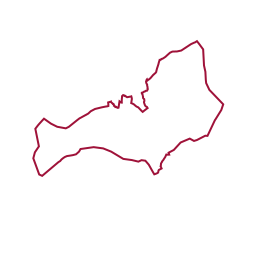 outline of Irepodun/Ifelodun, Ekiti, Nigeria, rotated 157°
{"feature_id": "59680162B16609728895319", "entity_name": "Irepodun/Ifelodun", "entity_type": "district", "adm_level": 2, "iso_a3": "NGA", "parent_name": "Nigeria", "parent_adm1": "Ekiti", "projection": "natural_earth1", "projection_center": [5.241, 7.714], "detail": "fine", "context": "isolated", "style": "outline", "palette": "rose", "viewbox_px": 256, "rotation_deg": 157, "n_neighbors": 0, "source": "geoboundaries", "source_scale": "gbopen_adm2", "svg_char_len": 3562}
<svg xmlns="http://www.w3.org/2000/svg" viewBox="0 0 256 256"><g transform="rotate(157 128 128)"><path d="M121.9,75.1L121.5,75.1L120.8,75.0L119.9,75.0L119.0,75.0L118.4,75.0L118.1,75.1L117.6,75.3L117.1,76.1L116.8,76.6L116.5,76.9L116.2,77.2L115.8,77.4L115.7,77.4L115.4,77.4L112.9,77.6L112.9,78.4L112.9,78.9L112.9,79.2L112.9,79.4L113.0,80.0L112.5,80.5L112.4,80.7L111.9,81.6L111.5,82.4L111.1,82.7L110.7,83.0L110.1,83.4L110.1,83.5L109.9,83.7L109.5,84.0L109.3,84.1L108.1,84.7L107.5,85.1L107.4,85.2L107.0,85.5L105.0,86.8L104.7,87.1L103.1,88.6L102.1,88.0L100.5,87.4L100.3,89.4L94.4,89.9L85.2,94.1L75.3,94.1L72.3,90.3L69.2,90.0L59.9,90.7L57.9,89.7L45.0,101.2L43.9,101.9L35.1,108.1L31.1,112.6L38.2,131.3L38.5,138.8L37.5,142.1L34.8,149.5L33.6,155.9L28.1,171.0L28.7,173.5L29.7,177.7L30.6,181.0L32.9,180.6L33.7,180.7L37.2,180.6L48.7,178.5L52.9,179.3L57.3,181.0L59.9,180.9L61.7,180.3L64.0,179.5L65.4,179.0L65.6,178.9L68.3,178.4L68.5,178.4L69.0,178.3L69.7,178.3L70.1,178.5L70.6,178.4L70.9,178.1L71.3,178.1L71.6,178.0L71.9,178.0L72.3,178.3L73.3,177.1L74.0,176.3L75.1,174.8L77.1,172.5L78.0,171.5L79.6,169.4L80.1,168.6L80.9,168.1L81.5,167.8L82.0,167.7L82.5,167.6L82.8,167.4L83.3,167.2L83.9,167.1L86.1,166.0L87.7,165.2L89.4,164.6L90.8,164.4L91.3,164.2L91.4,164.9L91.5,165.1L91.5,165.4L91.9,165.2L92.2,164.9L92.6,164.4L93.3,163.6L93.4,163.2L93.5,162.7L93.6,162.1L93.6,161.5L93.5,161.1L93.4,160.6L93.6,160.0L93.8,159.6L93.9,159.3L93.9,159.1L93.9,158.8L93.9,158.6L94.0,158.2L94.3,157.2L94.5,157.1L94.6,156.9L94.6,156.7L94.5,156.3L94.6,156.0L95.1,155.5L95.5,155.3L95.9,155.1L96.1,154.9L96.3,155.0L96.7,155.2L97.1,155.3L97.5,155.2L98.1,155.0L98.3,155.0L98.7,155.1L98.8,155.2L99.2,155.1L100.4,154.9L100.7,155.0L101.0,155.0L101.3,155.1L101.6,155.0L101.8,154.3L101.7,153.8L101.5,153.4L101.6,152.8L101.7,152.3L101.8,151.9L101.9,151.5L101.9,151.0L102.1,150.6L102.3,150.1L102.4,149.5L102.2,148.9L101.8,148.3L102.1,147.2L102.4,146.4L103.1,145.8L103.3,145.2L103.4,143.9L103.5,142.7L103.4,141.9L103.3,141.2L102.9,140.6L102.4,140.1L102.3,139.7L102.3,139.0L102.2,138.7L105.7,137.8L108.2,137.1L108.8,138.4L110.5,143.0L111.8,144.4L112.4,145.5L112.7,146.1L113.1,147.0L113.5,147.7L114.0,148.3L115.3,149.7L114.3,151.3L113.1,153.2L112.8,154.3L112.6,155.8L112.8,155.8L113.2,155.9L114.0,156.1L114.6,156.2L115.0,156.3L115.9,156.5L116.8,156.7L116.9,156.8L117.3,157.4L117.6,157.9L117.8,158.4L118.2,158.9L118.5,158.7L118.7,158.9L118.9,159.4L119.2,159.9L119.6,160.2L120.2,159.8L120.3,159.8L120.6,159.8L120.8,159.8L121.1,159.5L121.5,158.6L122.3,157.2L123.5,154.7L123.6,154.4L123.8,153.8L124.3,154.0L125.4,155.9L128.8,150.4L129.5,150.5L129.8,150.8L129.9,151.0L130.2,151.2L130.3,151.6L130.4,151.9L130.7,152.2L130.9,152.2L131.2,152.1L131.5,152.2L131.6,153.1L131.7,153.5L132.1,153.8L132.3,154.0L132.2,154.2L131.9,154.5L132.0,155.2L131.9,155.6L132.0,155.8L132.2,156.1L132.4,156.2L132.6,156.2L132.7,156.7L132.9,157.0L132.9,157.3L133.1,157.7L133.2,157.8L133.3,158.1L133.8,158.7L133.6,159.0L136.3,159.3L136.9,157.3L137.5,155.9L138.4,156.0L140.3,156.5L144.2,157.3L150.9,158.4L155.7,158.0L159.0,156.8L169.0,155.8L171.7,155.1L182.0,152.2L185.4,152.0L192.7,156.8L197.2,162.1L200.1,166.8L201.7,169.4L204.2,168.3L208.3,166.4L209.9,165.6L213.6,163.5L217.2,145.9L223.2,142.0L227.0,137.1L227.9,119.9L225.7,117.5L205.3,123.8L203.3,124.1L201.6,125.0L199.1,125.7L197.4,126.0L195.1,126.0L192.4,125.3L189.5,124.6L186.1,124.1L182.3,125.4L179.9,127.2L167.1,123.8L158.8,118.9L152.7,112.8L144.4,101.4L137.0,97.0L131.6,93.0L128.1,93.1L124.8,91.1L123.2,86.1L122.3,77.9L121.9,75.1Z" fill="none" stroke="#9f1239" stroke-width="2"/></g></svg>